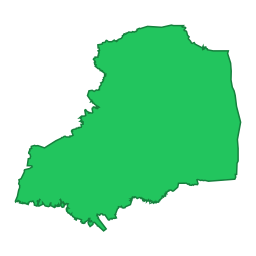 Bulacan, Bulacan, Philippines (Albers equal-area conic projection)
{"feature_id": "2640588B70472166839855", "entity_name": "Bulacan", "entity_type": "district", "adm_level": 2, "iso_a3": "PHL", "parent_name": "Philippines", "parent_adm1": "Bulacan", "projection": "albers", "projection_center": [120.888, 14.98], "detail": "fine", "context": "isolated", "style": "filled", "palette": "green", "viewbox_px": 256, "rotation_deg": 0, "n_neighbors": 0, "source": "geoboundaries", "source_scale": "gbopen_adm2", "svg_char_len": 5726}
<svg xmlns="http://www.w3.org/2000/svg" viewBox="0 0 256 256"><path d="M228.3,50.9L213.2,50.9L207.5,49.8L207.4,48.9L206.2,48.4L205.8,47.0L204.9,47.0L204.1,49.0L202.8,49.6L202.7,49.1L203.5,48.5L203.1,46.2L202.4,47.9L195.2,44.2L194.2,42.6L192.2,43.4L191.3,42.9L190.7,41.4L188.4,38.8L188.4,37.9L189.1,36.9L187.5,35.2L186.6,31.7L186.2,31.1L184.2,30.5L184.2,29.5L185.5,28.4L185.6,27.6L184.5,27.1L182.3,27.1L182.1,26.6L183.2,25.6L173.6,25.6L171.4,25.1L161.7,27.3L147.5,26.4L140.4,28.6L139.4,28.3L137.0,29.4L137.1,30.4L136.1,31.5L135.3,31.4L134.5,32.1L132.5,31.6L131.7,32.4L128.8,32.0L127.2,33.1L126.2,33.1L126.1,33.8L125.5,34.2L124.5,33.8L123.7,34.2L123.8,35.0L122.4,35.8L122.5,36.7L121.5,38.3L118.1,39.6L117.5,40.8L116.6,41.4L116.3,40.7L115.2,41.1L114.2,40.1L111.9,41.7L108.6,41.8L106.7,40.4L106.1,40.5L105.1,42.3L102.6,42.7L102.0,44.1L97.9,44.8L98.1,47.8L98.9,47.6L99.5,50.3L98.1,50.7L98.6,51.9L99.1,51.9L99.1,53.0L98.4,53.9L98.6,55.2L98.1,55.3L97.9,57.2L95.1,57.1L95.1,58.0L94.1,58.2L93.4,59.2L95.3,61.5L95.4,62.0L94.5,62.1L94.4,62.7L94.9,63.2L94.6,63.8L94.9,64.6L95.6,64.7L95.3,65.0L95.9,65.8L95.3,66.3L98.2,68.7L99.5,68.7L100.3,70.6L101.0,70.3L101.8,70.6L101.9,71.2L102.5,71.0L102.9,72.0L104.6,73.2L104.6,75.1L105.7,74.4L105.6,76.0L103.5,77.6L103.8,78.7L103.5,79.5L103.0,79.6L103.4,80.7L102.5,81.4L102.5,82.3L100.8,82.9L101.2,83.4L101.1,85.0L99.5,86.8L99.4,89.7L98.6,89.5L98.0,90.3L96.3,90.0L94.1,91.4L92.2,90.3L89.0,90.8L87.5,95.6L90.4,99.8L91.6,100.2L90.7,101.9L92.5,101.5L92.9,103.1L94.0,103.3L94.5,104.2L97.2,106.1L97.4,106.8L98.5,106.6L98.9,107.1L98.0,107.0L97.8,108.4L97.1,108.6L96.3,108.1L96.1,107.3L95.7,108.0L95.0,107.2L94.8,107.5L93.5,107.0L93.5,107.6L92.4,108.0L92.1,108.9L92.8,112.4L92.2,113.0L90.6,113.0L89.8,112.5L89.2,113.2L88.5,113.1L88.4,112.1L86.4,110.9L86.1,110.1L85.4,109.7L84.8,110.2L85.7,115.5L84.4,116.1L81.6,116.1L79.7,117.8L81.3,117.5L80.7,118.5L81.6,120.0L80.2,121.2L81.9,121.2L83.1,121.8L83.1,122.4L82.3,121.7L81.6,122.2L82.7,122.8L83.1,124.2L81.0,124.4L81.5,126.4L81.2,127.3L78.8,127.5L79.0,127.9L78.5,128.1L76.3,128.2L76.1,128.9L73.2,129.5L71.8,130.3L72.4,131.1L71.6,131.4L73.1,135.2L71.4,136.1L70.0,136.0L69.9,137.0L66.2,137.0L65.3,136.3L64.2,136.4L62.9,137.5L61.9,137.5L61.1,138.3L56.0,140.7L44.5,147.9L37.8,145.6L35.6,145.9L34.7,145.4L31.3,146.4L31.2,147.6L31.6,148.4L29.7,149.1L29.9,150.8L29.4,150.9L28.7,152.6L28.8,153.4L30.1,154.3L30.6,156.5L30.0,158.4L28.3,158.7L27.3,165.7L31.7,165.8L32.2,166.9L29.6,168.5L24.8,169.7L24.3,170.3L24.4,171.9L21.1,178.7L18.9,179.8L19.3,181.4L18.7,183.8L19.7,185.4L19.6,187.9L18.7,190.0L17.4,196.3L15.4,201.1L15.6,201.9L16.2,201.4L17.3,201.6L18.0,200.5L18.7,201.2L18.9,200.9L20.1,201.5L19.4,202.1L19.4,202.8L22.6,203.5L22.8,202.6L24.1,203.5L24.8,202.9L26.3,204.0L27.2,203.6L27.0,203.9L28.1,204.5L29.3,201.8L30.9,201.3L31.5,201.7L32.9,201.0L34.3,203.3L34.4,205.1L37.0,206.1L38.0,202.4L37.2,201.1L37.5,200.8L38.4,201.7L39.7,199.4L40.0,199.6L38.0,204.2L38.9,206.1L42.7,204.3L42.6,202.6L45.2,205.9L48.5,206.6L49.9,205.9L49.8,204.4L50.3,204.3L50.4,203.1L50.8,203.0L50.7,205.5L54.5,207.5L55.5,206.8L55.2,206.5L55.8,206.5L55.1,206.2L55.3,205.3L56.0,206.0L57.4,205.1L57.5,206.4L59.2,206.3L59.4,206.0L59.0,205.9L58.7,205.4L58.5,204.8L58.6,204.5L58.9,205.6L59.8,205.7L61.0,202.7L60.9,201.0L60.1,199.7L60.5,199.4L61.8,202.7L61.0,204.0L60.8,205.6L62.0,207.1L62.8,207.3L64.0,206.7L63.8,206.0L64.6,205.1L62.7,202.1L63.2,201.9L63.8,203.0L65.2,204.4L65.5,204.5L66.4,203.5L68.1,203.8L67.3,205.1L67.6,207.4L68.3,208.0L66.8,207.9L66.3,209.0L66.6,210.7L67.0,210.5L66.8,211.0L68.2,213.0L68.7,212.7L70.7,214.8L71.4,214.0L71.3,214.7L73.0,216.3L72.8,216.6L75.4,218.1L74.6,219.0L76.2,220.0L77.1,218.3L81.5,219.7L80.8,221.7L82.4,222.4L82.2,223.1L83.9,223.4L85.0,222.8L84.9,222.2L88.2,220.1L88.7,218.5L89.8,218.4L89.7,221.2L90.4,221.5L91.4,220.8L91.7,221.4L90.4,221.9L88.9,221.2L88.1,222.4L88.5,224.1L90.1,226.5L92.9,224.4L93.1,222.6L94.4,222.3L97.1,225.0L97.4,225.9L98.4,226.1L103.6,230.9L106.2,228.9L98.1,218.3L98.5,218.1L97.2,215.3L96.9,215.4L97.2,214.2L99.7,215.2L100.5,213.9L102.2,213.8L103.0,215.0L104.9,214.8L108.4,219.9L109.5,219.9L109.7,219.3L111.2,218.4L112.0,219.2L112.9,218.4L114.1,218.2L113.9,217.8L114.7,218.4L116.4,217.9L114.9,214.6L115.8,214.2L115.6,213.7L117.4,209.0L118.5,207.9L118.5,206.7L120.4,207.0L121.5,206.3L122.0,207.6L123.1,208.0L125.0,207.7L125.4,206.8L130.4,204.6L131.3,201.7L130.2,200.7L131.5,200.5L131.0,200.0L131.8,199.4L130.7,198.9L131.6,198.7L131.9,198.0L132.6,198.1L132.6,197.2L133.2,197.6L133.9,197.0L134.4,197.4L134.6,196.8L135.3,196.8L137.2,198.5L139.2,197.5L140.4,197.7L140.7,198.2L141.1,197.7L141.8,198.6L142.4,198.4L142.6,199.7L143.2,198.9L143.6,199.1L143.6,200.5L144.5,199.5L145.1,199.9L144.9,200.9L146.6,200.1L147.0,200.5L146.8,201.5L148.5,199.8L148.7,201.0L149.7,201.1L149.8,201.8L150.3,200.5L150.8,201.1L151.7,200.9L152.2,202.0L151.6,202.7L152.7,202.3L153.4,203.1L154.2,201.8L154.9,202.8L155.5,202.5L155.9,201.6L156.3,202.6L156.9,202.1L158.5,202.1L158.5,201.6L159.7,200.7L159.3,200.4L159.6,199.9L161.9,198.3L162.3,196.1L163.0,196.1L163.5,197.0L164.8,195.6L165.5,196.0L165.6,195.4L164.8,194.1L165.2,193.8L165.7,194.6L165.6,193.6L166.6,193.9L166.3,192.7L166.7,192.9L167.1,191.8L168.1,191.1L168.8,191.1L169.0,190.2L171.0,190.1L172.6,191.1L173.5,190.9L177.7,187.2L178.5,183.3L186.3,183.2L187.8,184.2L189.2,184.1L189.4,185.0L191.5,185.3L192.6,184.6L193.2,185.2L194.6,184.4L197.5,184.6L198.0,183.6L196.9,179.8L197.8,179.5L200.8,180.5L201.9,180.1L203.2,180.6L205.1,180.4L208.4,181.2L234.8,179.2L235.7,177.2L235.3,174.4L236.6,174.4L237.0,163.3L238.1,161.0L238.1,148.4L237.4,139.5L240.6,122.2L236.5,106.3L235.2,95.5L234.1,90.9L232.3,87.2L231.0,79.9L231.2,71.1L230.6,63.1L227.6,53.5L228.3,50.9Z" fill="#22c55e" stroke="#15803d" stroke-width="1.5"/></svg>